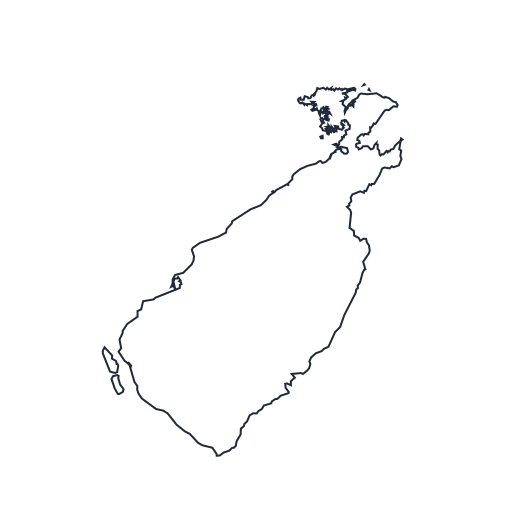 the district of Lombok Timur, Nusa Tenggara Barat, Indonesia, rotated 202°
{"feature_id": "22746128B55307338459902", "entity_name": "Lombok Timur", "entity_type": "district", "adm_level": 2, "iso_a3": "IDN", "parent_name": "Indonesia", "parent_adm1": "Nusa Tenggara Barat", "projection": "orthographic", "projection_center": [116.527, -8.592], "detail": "fine", "context": "isolated", "style": "outline", "palette": "slate", "viewbox_px": 512, "rotation_deg": 202, "n_neighbors": 0, "source": "geoboundaries", "source_scale": "gbopen_adm2", "svg_char_len": 6128}
<svg xmlns="http://www.w3.org/2000/svg" viewBox="0 0 512 512"><g transform="rotate(202 256 256)"><path d="M163.2,408.6L165.0,417.2L163.8,418.8L165.6,419.3L165.2,417.2L168.2,411.0L168.7,406.9L171.0,405.0L171.3,402.9L172.8,402.8L172.8,401.5L174.4,402.2L175.9,397.9L177.5,397.5L178.2,395.8L179.4,396.3L181.3,399.9L183.4,400.9L184.9,404.9L186.7,404.7L186.8,405.6L187.7,403.5L187.5,399.7L189.5,397.8L193.5,399.7L198.1,397.7L198.4,395.6L200.6,393.4L201.6,394.6L203.9,394.7L205.0,396.9L204.6,398.0L202.1,399.6L203.2,401.4L205.6,401.6L206.0,403.8L203.9,408.2L202.6,408.9L201.4,408.1L200.9,410.0L197.4,410.9L197.9,412.4L196.6,414.2L198.4,418.0L197.4,418.1L196.7,419.8L196.5,423.0L195.1,422.9L194.5,424.0L191.2,439.0L189.6,440.5L187.5,440.9L184.6,446.3L181.2,447.2L181.2,449.0L183.9,451.0L186.6,450.6L191.9,452.2L195.9,451.9L196.0,451.0L197.3,450.7L205.2,452.0L213.3,447.7L219.4,446.0L220.6,444.7L221.3,440.5L224.8,436.3L226.0,431.2L223.1,432.3L223.4,434.9L221.5,437.2L223.0,434.7L221.7,431.1L223.2,431.7L225.3,430.4L226.5,431.6L227.1,429.6L226.2,427.4L226.5,426.6L227.3,427.2L227.3,422.1L228.3,423.7L228.5,427.6L232.6,429.3L233.1,432.0L234.6,431.7L231.7,434.8L232.8,436.3L231.3,436.3L230.4,437.9L233.8,439.6L237.2,438.8L232.7,441.9L233.7,444.3L231.5,443.6L228.5,446.4L226.1,446.6L226.5,448.2L228.1,448.7L233.5,444.8L236.2,444.6L238.3,442.2L238.9,443.0L239.7,442.1L241.5,442.7L242.3,441.1L244.6,441.5L245.3,438.7L247.1,439.6L248.5,438.2L249.5,438.6L249.4,439.7L250.8,437.7L253.0,438.6L253.6,436.5L256.5,437.2L259.9,434.6L262.1,434.7L261.7,431.2L262.8,428.2L261.9,428.3L261.9,427.2L262.5,426.1L263.5,426.6L264.6,425.6L264.7,422.8L266.6,421.8L267.6,422.7L270.7,422.4L270.3,418.7L273.2,417.6L274.2,419.4L275.6,417.6L275.4,416.2L273.1,414.4L271.6,414.2L270.6,415.7L268.0,414.4L268.2,415.4L265.1,415.0L265.5,416.1L261.6,417.4L261.2,419.3L262.3,419.8L259.6,420.7L260.2,419.3L259.0,418.9L259.2,418.0L257.4,419.4L256.5,418.3L258.4,416.5L257.9,414.7L259.4,412.3L258.1,411.7L256.0,413.5L256.7,414.7L255.0,414.6L254.8,415.5L253.8,414.2L250.8,413.6L250.7,415.9L249.4,413.7L251.3,412.3L249.3,410.3L249.9,412.6L247.8,415.2L247.2,413.4L245.3,415.0L246.3,415.8L245.6,416.4L249.5,417.9L249.3,419.3L246.9,418.5L246.9,420.8L245.3,421.0L245.4,419.8L244.0,419.5L245.6,417.9L243.6,417.0L243.3,415.7L242.1,417.2L240.4,415.7L241.8,416.0L242.7,413.8L242.1,412.6L244.0,413.5L243.4,411.9L245.5,411.5L241.4,410.5L240.7,409.4L239.6,409.9L239.5,408.7L241.9,408.4L243.8,409.5L244.5,407.4L246.3,408.8L247.3,408.1L247.6,407.0L245.7,405.1L244.8,406.2L242.8,405.0L244.2,403.7L245.1,400.1L242.5,399.2L241.2,397.5L237.9,398.3L235.3,395.8L234.1,395.9L234.3,398.4L236.2,398.4L238.9,400.1L237.9,400.7L237.5,400.0L232.6,399.0L232.6,399.4L237.0,402.4L239.0,402.3L237.5,403.5L238.0,404.5L234.6,402.5L233.5,402.5L234.3,404.2L232.5,403.1L231.1,403.5L232.3,401.8L229.5,399.5L230.5,401.8L228.1,401.8L229.4,405.0L230.2,404.3L231.7,406.1L228.3,406.9L227.2,404.9L223.7,405.2L222.8,407.6L223.6,407.6L223.6,409.3L225.1,409.7L223.9,410.4L226.9,411.3L227.1,413.6L225.4,414.7L224.3,414.0L224.6,415.4L223.6,415.6L220.2,413.6L219.7,412.3L217.9,412.3L216.8,409.0L220.0,405.7L217.8,402.6L219.5,400.7L219.0,398.9L220.8,398.5L219.7,396.4L221.6,393.3L220.8,390.5L221.7,387.4L219.5,387.8L218.0,389.2L211.9,390.1L209.6,386.9L210.3,384.8L212.5,384.0L216.2,385.0L217.0,387.0L220.3,385.8L221.6,384.1L222.3,382.0L221.6,382.0L224.0,379.3L224.0,375.8L224.5,376.5L224.5,373.9L226.7,369.2L229.3,367.2L231.5,368.3L232.8,367.7L235.1,364.0L241.9,359.0L247.6,353.1L251.6,346.0L252.1,343.3L251.1,340.8L253.7,334.6L251.9,333.8L254.2,334.0L261.8,324.9L262.8,322.2L264.5,322.6L265.1,321.6L263.8,320.8L266.3,317.1L267.5,311.6L270.5,304.9L278.3,297.5L291.0,279.5L290.7,277.1L293.3,270.1L292.6,266.5L298.1,259.9L312.8,247.3L317.6,239.9L317.9,237.8L313.3,232.4L312.2,228.2L312.5,224.1L317.2,213.1L323.9,208.1L324.5,203.4L322.9,198.6L323.1,195.7L321.7,197.2L320.8,196.9L319.3,195.6L318.8,195.5L323.0,201.4L323.0,204.4L320.7,205.6L320.4,207.3L316.9,205.1L317.7,203.9L315.8,203.6L314.6,201.9L315.7,200.8L314.7,197.8L333.6,179.7L334.8,177.3L343.7,171.8L342.5,163.4L345.2,160.6L343.1,155.4L350.0,144.6L351.5,136.5L350.8,134.4L351.3,127.6L346.5,119.9L347.6,115.8L338.6,109.6L334.2,108.4L333.4,108.5L335.2,109.4L333.4,109.0L330.7,107.5L330.6,106.1L332.8,108.1L334.1,108.2L332.4,107.5L321.4,93.6L317.2,90.9L316.2,87.7L313.5,84.5L308.4,81.1L291.4,76.7L284.0,77.9L279.0,77.0L266.4,69.8L256.0,66.7L250.8,66.3L239.8,61.1L234.9,60.4L224.6,61.9L218.3,57.6L217.6,56.1L214.9,57.4L212.3,61.7L208.0,65.4L206.2,69.2L204.7,69.9L203.6,72.5L204.6,76.9L203.4,84.8L205.4,90.3L203.4,93.9L203.9,95.8L202.3,99.4L202.2,105.9L199.7,109.1L196.4,110.3L195.6,113.2L193.3,116.2L192.7,120.3L186.7,125.1L186.9,127.0L184.6,130.5L182.6,131.6L180.7,135.8L174.5,141.0L174.6,142.1L179.2,144.9L181.0,148.4L179.7,149.4L175.2,149.3L176.8,153.0L174.4,157.7L178.7,160.0L170.5,164.3L168.2,164.3L165.6,169.0L164.7,171.8L165.2,176.3L167.0,178.2L166.9,182.6L164.1,188.2L159.5,192.4L158.3,195.3L154.8,199.0L154.2,215.0L151.4,221.6L152.0,234.4L149.8,259.2L150.5,262.5L149.5,264.5L150.6,266.7L149.6,270.3L150.9,280.3L150.5,283.9L149.6,284.6L154.5,290.8L152.3,300.7L152.6,303.7L155.3,308.2L158.4,310.3L160.3,313.1L162.8,312.3L165.1,309.1L167.4,311.2L172.7,311.8L174.7,315.9L179.8,317.1L184.0,331.8L185.9,333.9L190.1,335.7L188.3,337.9L189.3,339.4L188.1,342.4L190.1,345.7L189.7,349.2L183.6,355.0L179.6,355.1L179.9,357.1L178.2,357.5L177.8,365.0L175.7,364.8L175.7,366.2L173.4,367.1L171.8,377.6L171.8,384.4L170.0,386.2L164.9,387.3L163.7,390.1L161.8,389.8L157.5,393.5L157.4,400.3L159.6,402.8L160.9,408.2L163.2,408.6ZM348.0,94.1L342.8,94.8L341.2,96.3L342.7,102.8L344.1,104.1L344.8,103.7L346.4,106.2L351.2,106.9L352.0,109.8L362.2,114.6L362.5,110.5L361.5,108.3L348.0,94.1ZM337.4,80.3L332.5,76.4L331.3,76.6L328.6,80.0L328.9,82.9L333.9,86.0L338.0,91.2L338.4,93.3L340.1,93.6L343.6,90.9L343.9,87.8L337.4,80.3ZM239.9,389.5L238.2,390.2L239.3,392.4L241.1,390.7L239.9,389.5ZM225.7,388.4L223.6,388.4L222.8,389.9L223.7,390.2L225.7,388.4ZM212.8,452.2L213.8,453.1L213.9,452.2L212.8,452.2ZM220.0,455.9L220.3,454.7L219.3,455.6L220.0,455.9Z" fill="none" stroke="#1e293b" stroke-width="2"/></g></svg>